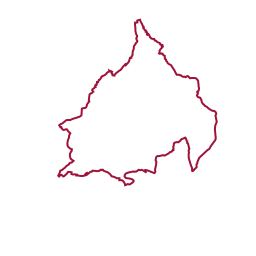 Ocnele Mari, Vâlcea, Romania, rotated 139°
{"feature_id": "2599482B98582848146114", "entity_name": "Ocnele Mari", "entity_type": "district", "adm_level": 2, "iso_a3": "ROU", "parent_name": "Romania", "parent_adm1": "Vâlcea", "projection": "mercator", "projection_center": [24.271, 45.091], "detail": "fine", "context": "isolated", "style": "outline", "palette": "rose", "viewbox_px": 256, "rotation_deg": 139, "n_neighbors": 0, "source": "geoboundaries", "source_scale": "gbopen_adm2", "svg_char_len": 5766}
<svg xmlns="http://www.w3.org/2000/svg" viewBox="0 0 256 256"><g transform="rotate(139 128 128)"><path d="M84.7,177.3L86.4,177.0L87.5,177.7L87.8,177.0L88.2,176.8L88.6,176.8L88.5,177.5L88.8,177.7L90.8,177.7L94.5,176.8L95.7,176.7L97.0,177.0L101.6,177.2L103.2,176.8L103.8,176.4L105.1,178.0L104.9,178.6L104.1,179.2L104.3,180.4L104.0,180.6L103.9,180.9L103.2,181.0L103.5,182.0L104.2,182.3L104.2,182.6L104.5,182.6L104.6,183.7L105.0,183.3L105.6,183.2L107.9,183.5L108.9,183.0L111.8,183.4L113.4,184.0L114.6,184.0L115.0,183.5L115.7,183.5L117.3,183.0L118.0,183.1L118.4,183.4L120.5,182.2L121.2,183.0L123.3,181.2L123.9,181.7L124.0,181.5L124.5,181.5L124.6,181.1L125.3,181.1L125.4,180.8L125.6,180.8L125.8,180.2L126.3,180.5L126.6,180.6L127.7,180.2L128.5,180.5L129.5,180.5L130.3,180.0L130.4,178.2L131.0,178.3L131.8,178.1L132.8,178.1L133.6,178.6L134.7,178.6L135.2,178.4L139.5,174.5L139.9,174.1L139.8,173.5L143.4,172.7L144.9,171.6L146.1,171.1L146.6,171.1L147.5,171.4L148.8,172.3L150.1,172.9L154.6,168.3L155.5,168.1L156.8,168.2L161.4,170.1L163.5,171.1L166.6,172.0L167.8,173.3L169.5,174.4L174.0,174.5L175.2,174.7L176.5,175.2L178.1,175.2L178.5,173.0L177.9,172.8L177.7,172.2L178.3,171.3L178.3,170.3L178.2,169.5L178.0,168.9L177.6,168.5L175.7,167.8L175.0,167.1L175.0,166.6L175.3,165.4L175.0,161.9L175.6,161.7L175.8,161.9L176.5,161.2L177.3,161.0L178.0,160.5L178.8,159.4L179.9,159.0L181.9,157.8L184.4,155.7L184.7,154.8L185.3,154.1L185.4,153.6L185.4,151.9L185.1,150.4L184.7,149.3L184.3,148.8L185.5,147.7L186.4,147.5L188.6,146.7L189.8,145.6L191.4,142.8L191.2,140.8L190.7,138.9L193.3,138.9L194.3,139.6L195.3,139.8L195.5,139.8L196.3,139.3L199.4,139.7L202.0,139.4L203.3,139.6L204.9,139.5L207.1,140.2L209.1,138.9L211.9,137.8L212.0,137.3L212.0,136.9L211.7,136.5L210.7,136.8L209.6,136.7L209.1,136.5L208.9,136.2L208.7,134.0L208.1,133.6L204.5,133.6L202.0,134.2L200.9,133.1L199.6,131.6L200.9,130.3L200.4,129.5L199.8,128.8L198.6,128.0L197.4,126.6L197.8,126.5L198.2,126.1L196.5,124.6L196.0,123.7L194.1,121.8L191.7,120.4L191.4,120.6L191.2,120.9L190.2,121.2L189.1,121.3L188.3,121.0L188.4,120.6L188.5,120.4L190.1,119.8L189.9,119.7L185.4,119.6L184.2,119.2L183.9,118.8L182.7,119.0L178.9,115.0L177.9,114.6L176.7,114.5L176.2,114.0L175.7,114.2L175.1,113.3L174.4,113.1L174.4,111.6L172.3,107.7L171.8,104.8L171.9,102.9L172.1,102.4L170.8,100.6L169.8,98.6L169.3,97.2L168.0,96.3L167.4,95.7L168.8,94.3L166.9,92.6L166.5,91.3L166.7,89.0L167.1,87.6L167.7,86.8L166.7,86.3L165.0,85.9L164.3,84.8L163.6,84.2L159.8,83.8L158.7,84.1L158.3,84.5L158.2,85.2L158.9,87.3L160.2,89.1L161.9,91.0L162.3,91.5L162.5,92.3L162.4,93.7L162.0,94.1L161.2,94.7L160.4,94.9L159.3,95.0L157.7,94.5L156.7,93.9L156.0,93.8L155.4,93.2L152.6,91.8L152.1,90.8L151.1,90.5L150.4,89.7L147.3,89.4L146.6,88.2L145.3,87.6L144.8,86.9L143.7,83.8L143.6,82.3L143.3,83.3L142.9,85.0L142.5,85.0L141.1,83.2L137.8,76.8L137.3,76.6L136.0,77.1L134.8,79.0L131.0,81.7L129.4,83.4L128.8,83.8L128.5,84.6L128.6,85.0L128.1,85.8L125.8,87.5L124.5,87.6L124.2,87.5L123.0,86.4L119.3,84.5L118.8,83.5L118.0,83.0L113.7,82.1L112.3,82.3L111.5,81.8L110.7,81.7L110.3,81.5L110.0,81.7L109.4,81.6L109.0,81.9L108.5,81.7L108.5,82.1L108.4,82.3L107.3,82.3L106.3,84.0L105.5,84.4L103.7,86.0L103.3,86.1L102.7,86.4L100.7,85.5L99.2,84.1L98.3,84.3L96.8,84.0L96.1,84.4L95.0,84.5L91.9,83.3L91.2,83.3L91.1,83.0L91.2,81.9L92.1,80.1L92.1,79.1L92.4,78.5L93.1,78.0L93.1,77.5L93.0,77.0L93.0,76.7L95.1,72.8L95.3,72.1L96.8,71.4L97.6,70.4L97.9,69.6L98.7,69.1L100.2,67.6L101.1,66.3L101.8,65.6L102.0,65.0L102.9,63.4L103.2,62.4L104.5,59.8L106.1,55.4L106.7,54.9L107.1,54.2L107.7,53.7L107.7,53.3L107.3,53.0L106.6,53.2L105.8,53.0L105.5,53.2L101.9,53.4L100.3,55.5L99.1,55.8L97.9,56.8L93.8,58.8L82.0,59.2L80.6,58.8L76.9,60.1L70.5,61.5L69.0,62.2L68.0,63.4L63.2,70.1L60.4,72.7L57.0,74.4L53.9,79.9L52.0,80.9L51.4,82.4L51.7,84.4L52.7,85.2L53.5,86.7L54.4,90.0L54.6,92.2L55.1,93.4L55.5,94.8L55.3,95.7L55.6,96.6L55.6,97.5L55.4,98.8L55.1,99.6L54.3,100.9L53.7,103.1L53.9,104.1L54.7,104.9L54.9,105.5L54.8,106.7L54.6,107.4L54.0,107.7L53.4,107.7L52.9,108.3L52.1,108.6L52.2,109.8L51.3,110.0L50.4,109.8L50.0,110.0L48.4,111.3L47.2,113.4L45.9,115.0L45.0,116.5L44.3,117.3L44.1,117.7L44.0,118.9L44.0,120.5L44.5,121.6L46.9,123.8L48.6,124.9L48.5,125.3L48.7,125.9L48.6,126.8L48.8,128.0L49.9,128.5L50.9,128.4L51.3,128.6L51.7,129.7L52.6,130.2L53.1,131.0L53.4,132.0L53.5,133.1L54.5,134.1L54.5,134.6L54.8,135.0L55.3,135.5L56.2,136.0L56.3,136.5L56.1,137.5L55.8,138.3L55.7,139.1L55.1,141.3L54.5,146.1L54.3,146.7L54.4,147.6L55.2,149.4L55.5,150.8L55.1,152.0L55.0,153.0L55.2,153.6L54.5,154.5L54.5,155.1L54.8,156.0L54.4,156.6L53.7,157.2L53.5,157.8L52.9,158.4L53.2,159.0L53.5,160.1L53.5,160.8L53.2,161.3L53.7,161.7L53.6,162.1L55.5,163.4L55.7,163.9L54.5,164.4L53.5,165.6L53.1,165.8L52.4,165.9L51.8,166.2L51.0,166.2L50.3,166.4L49.1,166.3L48.9,166.4L49.1,166.8L49.0,167.1L48.4,166.8L48.0,166.9L47.9,167.6L47.6,168.1L48.8,169.5L48.8,170.1L48.4,170.3L48.3,170.6L48.4,171.5L49.5,173.6L49.6,175.4L50.2,176.1L50.3,176.4L50.3,176.7L50.0,177.2L49.8,178.0L50.6,178.4L50.9,179.2L51.3,179.7L51.8,180.5L51.6,180.9L51.8,182.1L51.4,182.9L51.1,184.6L50.9,185.2L51.0,185.7L51.3,185.9L51.7,185.6L52.2,185.5L52.3,185.7L52.4,186.2L52.2,186.6L50.9,187.6L50.9,188.2L51.6,189.1L51.4,189.3L50.6,189.5L50.6,189.9L50.8,190.1L50.9,190.8L51.1,191.2L50.6,192.8L50.7,193.0L51.0,193.3L50.7,193.7L49.8,194.0L49.7,194.3L50.0,195.4L49.3,196.7L48.7,199.8L47.9,201.9L50.6,203.0L51.7,201.5L52.3,201.8L53.5,202.9L54.7,201.7L56.6,198.9L58.8,196.3L60.2,193.6L60.5,192.6L60.6,191.7L61.7,190.7L62.4,190.6L62.7,190.4L63.6,189.1L63.8,187.7L64.0,187.4L64.7,187.0L66.4,186.9L67.4,186.4L68.2,186.3L70.1,185.7L71.3,184.4L72.6,183.4L73.9,182.9L75.9,181.0L76.2,180.5L77.2,179.8L78.5,179.7L79.5,178.7L79.8,178.8L80.5,179.6L81.7,178.9L83.0,177.9L84.7,177.3Z" fill="none" stroke="#9f1239" stroke-width="2"/></g></svg>